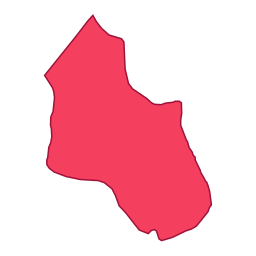 San José Ojetenam, San Marcos, Guatemala
{"feature_id": "79465075B2462316079287", "entity_name": "San José Ojetenam", "entity_type": "district", "adm_level": 2, "iso_a3": "GTM", "parent_name": "Guatemala", "parent_adm1": "San Marcos", "projection": "natural_earth1", "projection_center": [-91.954, 15.237], "detail": "fine", "context": "isolated", "style": "filled", "palette": "rose", "viewbox_px": 256, "rotation_deg": 0, "n_neighbors": 0, "source": "geoboundaries", "source_scale": "gbopen_adm2", "svg_char_len": 1035}
<svg xmlns="http://www.w3.org/2000/svg" viewBox="0 0 256 256"><path d="M92.9,15.4L91.8,16.5L87.7,21.1L76.2,36.1L44.6,75.4L46.5,78.3L52.5,87.7L53.8,91.8L54.5,97.7L53.1,111.4L50.8,117.0L50.5,125.1L51.4,128.8L51.8,136.8L50.8,142.5L48.8,147.3L47.8,157.0L46.8,160.2L46.9,164.8L49.4,168.4L54.3,172.1L66.0,176.5L80.2,179.5L98.3,180.6L104.4,182.7L112.0,188.8L115.5,195.7L119.2,205.9L125.4,212.4L139.2,230.0L148.2,233.6L151.6,230.3L154.6,229.7L156.4,230.9L159.0,238.9L161.6,240.6L172.6,237.3L185.8,230.9L191.5,229.0L196.2,226.2L197.8,224.4L208.0,211.7L209.4,207.7L211.4,204.8L209.7,191.8L208.1,185.9L206.6,182.0L205.5,181.4L204.5,178.9L200.6,172.2L200.4,170.7L195.3,160.2L195.1,157.1L193.2,155.3L192.2,152.1L189.1,147.6L187.5,141.7L186.4,140.1L180.7,125.3L180.7,119.7L181.7,113.5L181.4,102.8L179.2,101.2L174.9,101.3L173.4,102.2L165.2,103.2L161.2,104.7L154.6,104.3L151.5,102.8L146.7,98.5L132.6,88.9L128.5,83.5L125.1,69.0L123.9,42.0L121.6,38.8L109.0,35.0L101.7,28.5L96.4,21.7L92.9,15.4Z" fill="#f43f5e" stroke="#9f1239" stroke-width="1.5"/></svg>